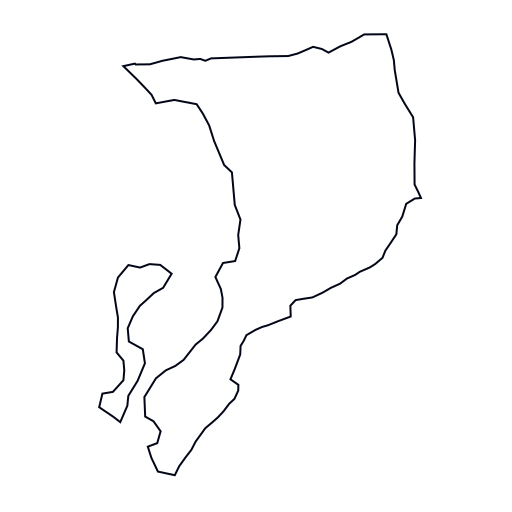 Lysi, Cyprus, rotated 175°
{"feature_id": "46923920B59905101389216", "entity_name": "Lysi", "entity_type": "district", "adm_level": 2, "iso_a3": "CYP", "parent_name": "Cyprus", "parent_adm1": "", "projection": "mercator", "projection_center": [33.705, 35.109], "detail": "fine", "context": "isolated", "style": "outline", "palette": "ink", "viewbox_px": 512, "rotation_deg": 175, "n_neighbors": 0, "source": "geoboundaries", "source_scale": "gbopen_adm2", "svg_char_len": 2167}
<svg xmlns="http://www.w3.org/2000/svg" viewBox="0 0 512 512"><g transform="rotate(175 256 256)"><path d="M88.4,304.6L91.8,313.4L90.1,334.4L89.2,342.2L88.7,346.5L87.4,357.4L87.4,362.9L87.4,380.5L94.5,394.6L99.8,406.2L99.8,406.3L101.5,428.0L101.6,428.7L101.6,439.0L102.5,445.3L103.3,450.5L104.3,454.6L105.5,459.9L106.8,465.5L109.9,465.8L117.4,466.4L128.9,467.3L142.1,461.1L153.6,457.6L158.5,455.5L166.0,452.3L172.4,456.5L175.9,457.7L180.9,459.4L189.4,456.5L196.2,454.3L196.7,454.1L206.5,452.4L225.6,453.8L234.5,454.3L282.1,456.7L283.4,456.8L289.5,454.9L294.4,457.2L300.8,457.2L311.9,460.2L313.6,460.7L317.9,460.2L332.4,458.6L338.6,457.4L345.1,456.2L359.2,457.3L359.9,458.2L371.6,456.7L362.3,445.9L360.1,443.4L352.2,433.6L346.0,425.7L342.5,416.8L323.9,418.6L301.9,412.4L296.6,402.6L291.3,390.2L287.7,374.2L279.8,349.4L272.7,341.4L272.7,328.2L272.7,308.7L268.3,293.6L271.9,278.5L271.9,265.2L277.2,252.8L289.5,251.9L298.3,238.6L293.9,226.2L293.0,217.4L293.9,207.6L300.1,194.3L307.2,186.3L316.0,178.4L323.9,173.0L337.2,158.8L346.0,153.5L355.7,150.0L366.3,142.9L374.2,132.3L379.5,125.2L380.4,105.7L372.5,100.3L366.3,89.7L370.7,78.2L380.4,75.5L377.8,64.0L372.5,49.8L356.0,44.7L350.9,53.2L343.6,61.7L337.3,68.5L332.3,76.4L321.5,88.9L314.2,94.0L308.0,98.6L301.8,104.2L295.6,111.1L289.9,115.6L285.4,123.5L284.8,129.2L292.2,135.4L287.1,145.1L280.3,159.3L279.2,167.8L275.8,172.3L272.4,178.0L262.8,182.5L256.0,184.8L250.4,185.9L239.1,189.3L226.7,192.7L226.1,203.5L220.4,208.6L213.1,209.2L203.5,209.8L192.8,213.7L184.3,217.7L174.7,221.1L167.4,225.6L158.9,228.5L153.8,231.3L143.6,234.7L138.0,237.6L130.1,243.2L126.7,250.0L119.3,259.1L114.3,265.4L112.6,274.4L106.9,282.4L101.8,294.9L92.8,299.4L86.6,299.4L88.5,304.8L88.4,304.6ZM405.7,102.3L397.2,118.1L395.4,127.8L384.8,142.0L376.0,158.8L376.9,173.0L390.1,181.9L390.1,195.2L383.9,206.7L376.0,216.5L368.9,221.8L361.0,228.0L351.3,232.4L341.6,245.7L352.2,255.5L362.8,257.2L372.5,254.6L383.9,258.1L395.4,246.6L400.7,232.4L399.8,218.2L398.9,206.7L399.8,197.0L401.6,186.3L403.3,172.1L397.2,163.3L397.2,153.5L398.9,143.8L410.4,133.1L421.0,132.3L425.4,119.0L412.2,108.3L405.7,102.3Z" fill="none" stroke="#020617" stroke-width="2"/></g></svg>